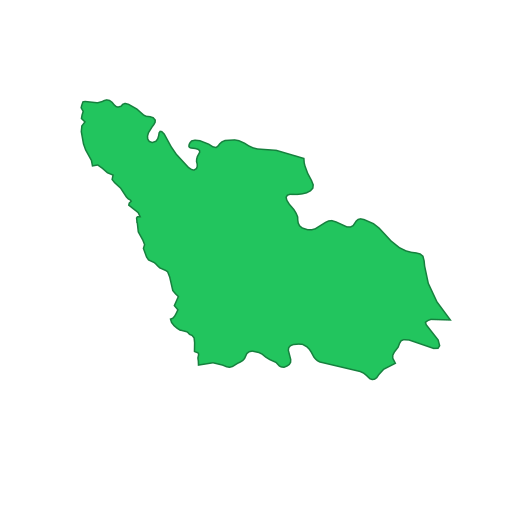 the County of Iasi, rotated 193°
{"feature_id": "ROU-308", "entity_name": "Iasi", "entity_type": "County", "adm_level": 1, "iso_a3": "ROU", "parent_name": "Romania", "parent_adm1": "", "projection": "natural_earth1", "projection_center": [27.411, 47.195], "detail": "fine", "context": "isolated", "style": "filled", "palette": "green", "viewbox_px": 512, "rotation_deg": 193, "n_neighbors": 0, "source": "natural_earth", "source_scale": "10m", "svg_char_len": 3364}
<svg xmlns="http://www.w3.org/2000/svg" viewBox="0 0 512 512"><g transform="rotate(193 256 256)"><path d="M287.5,136.8L288.6,140.8L289.4,142.8L289.7,143.9L289.7,146.8L290.2,148.2L291.2,148.7L293.9,149.0L294.5,149.2L296.3,157.7L297.9,162.3L300.5,164.3L302.7,164.6L303.9,165.2L304.9,166.0L306.3,166.6L312.7,166.8L313.1,166.6L316.5,167.8L320.2,169.7L323.3,172.2L325.1,175.3L323.1,176.6L321.7,179.1L320.8,182.3L320.0,186.0L324.4,189.3L322.5,199.0L326.0,201.1L326.5,201.5L329.3,203.6L335.3,216.0L338.5,220.7L340.4,221.5L347.1,222.8L349.7,224.3L351.6,225.6L353.6,226.7L359.8,228.0L362.4,230.4L367.4,238.1L367.1,242.0L369.8,246.0L376.1,253.0L379.1,261.6L379.5,261.8L380.2,264.2L380.9,266.1L380.4,267.5L377.7,268.2L380.6,271.8L391.4,276.9L391.4,279.0L389.9,281.3L391.0,282.3L393.3,282.9L395.6,284.4L403.2,291.7L410.3,295.7L413.4,298.2L413.5,302.7L419.5,303.7L425.4,306.9L430.7,309.1L435.6,307.0L437.9,312.2L438.2,312.5L445.9,321.1L449.3,326.4L454.2,337.9L454.8,342.6L455.0,343.4L452.8,348.2L457.0,350.7L457.2,354.3L456.9,358.0L459.7,361.1L459.7,363.5L459.3,367.2L459.2,367.3L457.3,368.1L444.9,369.6L440.6,371.9L438.9,373.3L436.6,374.5L433.7,374.6L430.7,373.3L428.4,371.5L426.1,370.2L424.0,370.0L421.0,371.7L420.1,373.7L417.9,375.2L414.3,375.1L405.2,372.4L397.3,368.1L394.5,367.4L390.6,367.9L387.3,367.6L384.8,365.8L384.4,363.6L385.1,361.1L386.3,358.4L388.5,352.0L388.7,348.5L387.8,345.5L385.7,343.6L382.6,343.2L379.3,345.3L378.1,348.2L377.9,351.3L378.1,354.2L377.4,355.9L375.8,356.0L372.9,354.2L363.4,343.5L356.6,337.2L341.8,327.1L338.5,325.8L335.8,325.7L333.7,327.8L333.4,330.0L334.0,332.4L335.2,334.7L335.6,337.1L335.5,339.8L334.2,344.4L334.7,346.0L336.4,346.9L339.2,347.1L343.8,346.6L345.3,346.9L346.1,347.9L346.2,349.8L345.7,351.7L344.5,353.7L341.5,355.1L336.6,355.7L327.2,354.3L322.7,352.7L319.3,352.7L317.7,354.7L316.6,357.1L314.9,359.5L312.1,361.6L302.9,364.3L298.6,364.5L292.5,363.3L288.0,361.7L283.3,360.7L278.6,360.6L260.0,363.5L231.3,361.8L230.0,357.6L228.6,354.8L224.3,348.2L218.9,342.0L216.3,338.2L215.9,334.9L217.6,331.8L221.0,328.9L225.1,326.9L229.6,325.3L236.9,323.7L239.1,322.3L239.9,320.0L238.5,317.2L235.2,313.9L229.5,309.7L226.5,306.6L224.2,303.4L223.4,300.4L222.3,297.6L220.3,295.2L217.3,293.7L211.6,293.2L207.6,294.1L204.4,295.8L195.8,304.4L193.1,306.5L190.1,307.5L185.7,307.2L174.0,304.8L170.5,305.5L168.2,307.4L166.2,312.6L164.7,314.6L162.5,315.7L158.9,315.8L148.8,313.9L142.4,310.9L127.8,301.0L118.3,296.4L111.2,294.7L105.4,294.5L100.8,295.0L96.5,294.9L93.3,293.3L91.1,289.0L89.4,284.0L82.0,268.1L69.4,252.0L52.3,237.4L71.3,233.6L73.9,231.9L76.0,229.5L74.7,227.3L59.6,215.1L56.9,209.9L57.9,207.0L62.1,205.9L88.0,208.6L93.3,207.7L95.5,206.1L96.5,203.1L97.0,199.2L99.6,193.5L100.4,190.1L99.8,187.2L96.1,182.8L106.1,174.4L109.7,168.0L111.0,164.6L112.7,162.7L114.9,161.8L117.3,162.0L122.1,164.8L124.8,166.1L128.6,166.9L170.1,167.1L172.6,167.8L174.8,169.0L176.8,170.5L180.5,174.7L183.0,177.1L186.0,179.0L190.8,180.4L194.6,179.8L199.8,178.1L202.3,176.3L203.5,174.1L203.3,171.4L198.9,162.9L198.4,160.2L199.2,157.8L201.0,155.8L203.7,153.9L206.5,153.6L208.5,154.1L212.5,156.8L219.4,158.2L223.8,159.7L228.0,161.8L231.5,162.6L238.2,162.5L241.1,161.2L243.0,158.9L244.1,153.5L245.4,151.2L247.5,149.1L249.8,147.3L254.0,143.1L256.8,141.6L259.9,141.5L263.9,142.2L273.9,142.3L287.5,136.8L287.5,136.8Z" fill="#22c55e" stroke="#15803d" stroke-width="1.5"/></g></svg>